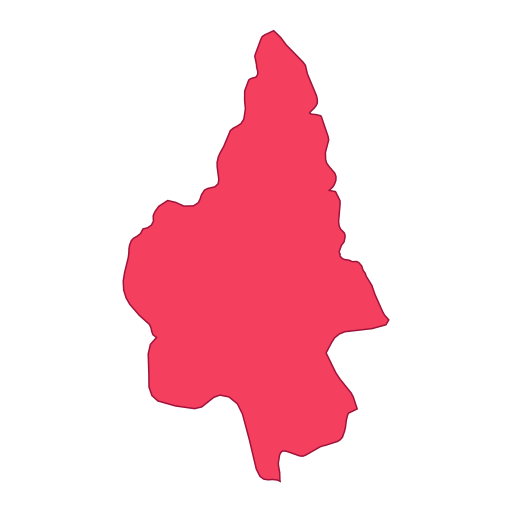 the border of Korçë, rotated 180°
{"feature_id": "ALB-1521", "entity_name": "Korçë", "entity_type": "County", "adm_level": 1, "iso_a3": "ALB", "parent_name": "Albania", "parent_adm1": "", "projection": "natural_earth1", "projection_center": [20.625, 40.584], "detail": "fine", "context": "isolated", "style": "filled", "palette": "rose", "viewbox_px": 512, "rotation_deg": 180, "n_neighbors": 0, "source": "natural_earth", "source_scale": "10m", "svg_char_len": 2477}
<svg xmlns="http://www.w3.org/2000/svg" viewBox="0 0 512 512"><g transform="rotate(180 256 256)"><path d="M231.9,30.7L234.7,32.0L239.6,32.5L244.0,32.2L245.0,32.4L248.1,32.8L252.0,35.6L255.7,42.9L262.6,72.1L269.5,97.9L274.6,108.2L279.4,112.1L283.1,115.1L292.1,116.9L298.3,114.6L310.2,105.1L317.2,103.4L317.5,103.4L336.3,106.0L354.1,111.0L360.1,116.5L363.0,124.9L363.1,136.8L363.8,158.0L361.6,167.6L355.5,174.5L359.0,177.2L360.3,180.6L361.0,184.2L362.6,187.6L372.8,196.8L382.3,207.8L385.9,214.1L388.3,221.9L388.8,230.7L387.5,239.0L383.7,254.6L383.1,259.7L383.0,263.5L382.4,266.9L380.6,271.5L378.1,274.0L374.8,275.8L371.5,278.4L369.1,283.0L364.5,284.2L360.7,286.7L358.6,290.7L358.8,296.2L357.8,298.8L356.6,301.0L353.2,305.7L344.3,311.5L336.3,309.6L328.1,305.9L318.6,306.1L313.8,309.2L311.9,312.9L310.5,317.2L307.6,321.8L304.4,323.5L297.0,325.2L293.8,328.4L293.2,332.6L294.8,344.8L294.9,349.5L293.7,355.0L292.1,358.7L288.2,365.7L282.7,378.9L281.7,381.4L278.8,383.8L274.9,385.8L271.0,388.4L268.2,392.8L266.6,403.0L267.4,411.9L267.3,421.1L263.3,431.9L261.3,433.4L256.0,434.9L254.4,437.4L254.2,440.1L255.4,445.1L255.5,447.4L257.2,455.7L256.7,457.7L251.3,472.3L249.8,475.4L247.2,477.2L238.3,481.3L238.1,481.1L231.2,474.4L225.9,467.2L209.0,449.9L206.6,446.7L204.6,438.1L195.6,416.5L194.9,413.7L194.6,410.9L194.8,408.5L195.9,406.4L197.7,404.0L201.4,400.4L202.4,398.9L201.5,398.2L199.6,397.7L196.4,397.5L191.4,396.3L190.6,395.2L183.9,375.5L183.3,372.1L186.6,359.5L186.4,352.7L185.4,349.1L183.2,345.8L177.2,338.8L176.0,335.5L176.1,331.7L177.2,328.6L178.2,326.5L179.4,324.8L182.8,321.6L176.5,320.4L172.0,311.3L171.9,308.3L173.4,290.4L172.8,285.9L171.4,282.8L167.9,279.3L167.2,277.8L166.9,275.7L167.1,274.0L167.9,270.3L168.7,269.1L170.5,266.8L172.7,260.7L172.7,259.3L171.9,257.9L172.1,256.5L171.7,255.5L169.3,253.2L167.5,252.5L163.4,251.9L162.0,251.5L160.3,250.5L158.8,250.3L157.0,250.5L155.0,250.4L153.1,249.3L150.4,246.2L148.8,241.5L146.7,238.6L145.8,235.7L140.2,226.7L137.1,217.7L129.4,200.4L127.6,197.1L123.2,192.1L126.1,187.2L139.9,183.4L167.0,180.3L172.7,178.0L177.4,174.2L180.4,169.5L185.9,159.1L176.2,139.2L172.1,133.0L160.9,119.1L158.8,115.2L154.8,103.1L163.6,98.8L164.6,96.2L165.7,91.5L166.6,84.4L167.5,80.7L169.6,74.7L171.9,72.2L174.2,70.7L186.8,66.6L189.0,66.2L191.8,65.2L206.1,57.0L208.8,55.9L210.4,55.9L212.4,56.1L225.5,60.7L229.3,61.1L231.1,59.6L232.4,57.1L233.7,48.9L233.5,46.3L232.3,39.4L232.1,32.1L231.9,30.7Z" fill="#f43f5e" stroke="#9f1239" stroke-width="1.5"/></g></svg>